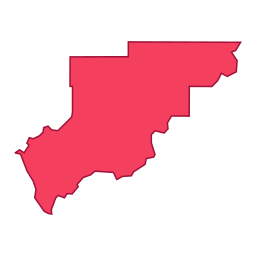 the district of Deer Lodge, Montana, United States of America
{"feature_id": "52423323B11224737758851", "entity_name": "Deer Lodge", "entity_type": "district", "adm_level": 2, "iso_a3": "USA", "parent_name": "United States of America", "parent_adm1": "Montana", "projection": "mercator", "projection_center": [-113.129, 46.012], "detail": "fine", "context": "isolated", "style": "filled", "palette": "rose", "viewbox_px": 256, "rotation_deg": 0, "n_neighbors": 0, "source": "geoboundaries", "source_scale": "gbopen_adm2", "svg_char_len": 907}
<svg xmlns="http://www.w3.org/2000/svg" viewBox="0 0 256 256"><path d="M116.8,179.5L122.6,176.4L131.3,175.8L133.6,171.8L145.1,164.3L146.3,158.6L153.6,157.1L155.0,154.5L151.4,143.1L151.3,134.7L155.1,130.8L164.2,133.0L168.0,128.8L167.4,122.9L171.5,116.0L189.2,116.1L189.2,109.6L189.3,86.4L211.9,86.5L217.7,80.6L221.4,73.3L227.3,76.4L236.3,71.8L237.1,60.6L231.4,52.1L235.7,50.4L240.6,42.3L128.3,41.9L128.3,56.7L70.1,56.9L70.0,86.4L72.5,86.4L72.5,112.3L71.6,117.1L58.0,130.6L51.8,130.0L48.0,126.1L43.7,127.6L43.1,132.2L39.4,135.8L33.4,138.7L29.3,137.7L26.9,143.2L29.0,145.1L24.1,152.8L19.5,149.8L15.4,152.7L15.7,153.1L20.5,154.0L27.0,170.9L33.2,181.1L36.0,189.4L34.7,197.7L44.1,211.2L48.2,213.4L51.7,214.1L51.3,209.7L55.6,198.2L58.0,195.5L64.5,197.8L66.9,193.7L72.2,193.9L78.2,186.6L77.0,184.6L83.2,177.5L90.7,174.8L95.0,171.2L113.4,172.4L116.8,179.5Z" fill="#f43f5e" stroke="#9f1239" stroke-width="1.5"/></svg>